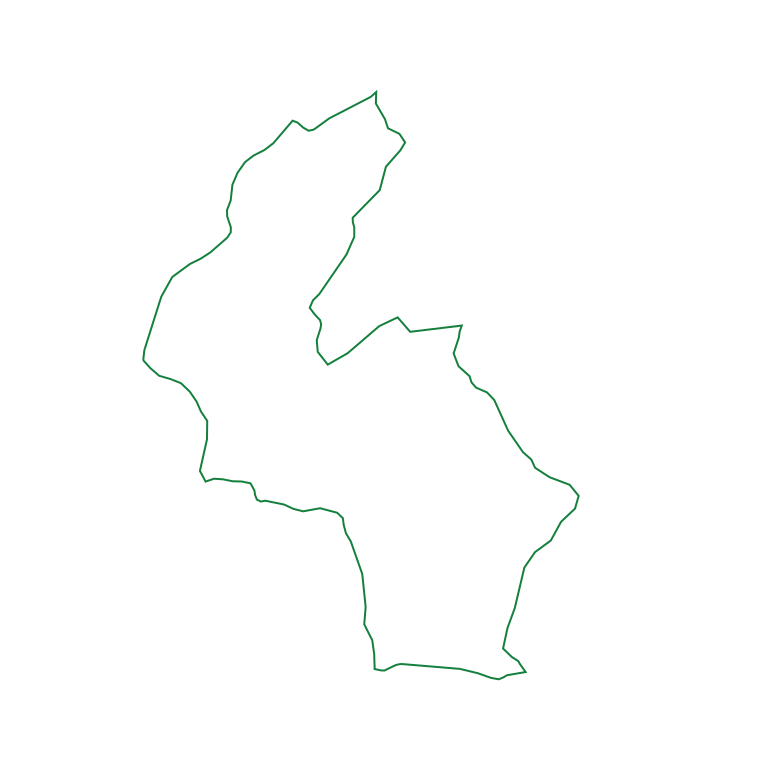 an SVG outline of Samegrelo-Zemo Svaneti, rotated 292°
{"feature_id": "GEO-3029", "entity_name": "Samegrelo-Zemo Svaneti", "entity_type": "Region", "adm_level": 1, "iso_a3": "GEO", "parent_name": "Georgia", "parent_adm1": "", "projection": "robinson", "projection_center": [42.261, 42.648], "detail": "fine", "context": "isolated", "style": "outline", "palette": "green", "viewbox_px": 768, "rotation_deg": 292, "n_neighbors": 0, "source": "natural_earth", "source_scale": "10m", "svg_char_len": 1858}
<svg xmlns="http://www.w3.org/2000/svg" viewBox="0 0 768 768"><g transform="rotate(292 384 384)"><path d="M384.1,145.1L403.9,147.6L422.6,159.1L431.3,166.9L440.8,173.6L460.9,183.8L467.2,185.1L471.9,183.3L480.7,175.8L486.4,173.3L496.7,173.1L512.0,168.8L525.1,169.1L537.8,172.1L547.0,177.5L556.2,185.5L565.8,191.2L593.9,200.6L594.0,206.0L591.5,212.8L590.6,219.3L593.6,223.6L609.9,233.8L645.3,264.2L651.8,267.4L641.0,271.4L629.9,285.7L622.6,291.9L621.7,304.6L615.9,313.1L606.7,311.6L586.2,304.4L562.2,307.4L526.4,292.7L522.2,294.6L518.2,297.7L509.3,301.3L490.0,300.7L443.1,290.3L435.0,286.8L426.8,286.6L422.7,293.4L419.2,300.9L415.7,303.4L411.7,304.3L399.5,305.2L389.0,310.5L380.9,324.6L399.0,338.8L435.9,357.9L450.9,371.7L442.2,388.7L467.3,434.2L461.0,434.5L455.0,436.0L438.4,437.1L428.4,446.4L423.3,460.4L418.3,464.5L415.1,470.8L414.8,482.7L410.4,492.3L387.2,516.6L372.9,538.3L369.1,548.9L362.9,555.5L359.6,572.5L360.1,593.8L353.2,606.4L340.1,607.8L322.6,599.8L301.4,597.3L284.7,587.0L266.4,582.9L225.3,589.2L204.1,589.9L183.3,593.5L178.8,604.7L177.3,612.5L175.5,614.6L170.0,623.2L160.0,607.1L156.5,604.4L153.2,601.0L151.6,593.3L151.0,579.4L148.3,561.1L131.0,505.3L129.7,502.8L127.4,499.8L118.5,491.7L117.4,488.8L116.2,482.1L117.9,481.4L125.7,477.9L129.5,476.3L142.0,469.1L149.3,460.8L153.8,455.7L170.1,450.6L171.2,450.1L199.7,435.0L225.7,412.1L226.1,411.5L231.4,404.6L238.3,399.4L244.2,396.1L247.1,388.8L246.1,381.0L244.9,371.3L235.7,356.8L234.3,346.9L234.8,336.4L231.3,317.6L228.9,313.9L229.2,309.5L232.7,306.1L236.8,303.7L241.9,297.4L240.3,288.6L237.6,281.4L237.1,280.0L235.3,270.4L232.5,261.9L226.7,255.1L231.9,249.0L234.4,245.9L266.4,240.6L283.6,233.9L289.9,224.6L297.5,216.8L304.1,206.9L308.7,195.4L308.6,184.1L307.4,172.5L311.0,161.9L315.6,152.3L317.4,151.4L325.8,149.1L381.4,144.8L384.1,145.1Z" fill="none" stroke="#15803d" stroke-width="2"/></g></svg>